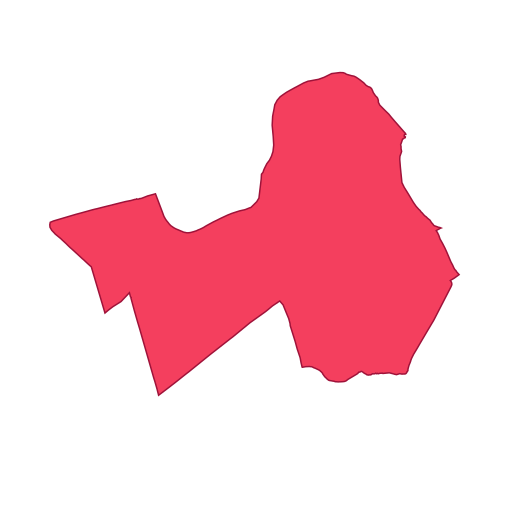 Kota Tanjung Balai, Sumatera Utara, Indonesia (Mercator projection), rotated 254°
{"feature_id": "22746128B91306693093612", "entity_name": "Kota Tanjung Balai", "entity_type": "district", "adm_level": 2, "iso_a3": "IDN", "parent_name": "Indonesia", "parent_adm1": "Sumatera Utara", "projection": "mercator", "projection_center": [99.797, 2.973], "detail": "fine", "context": "isolated", "style": "filled", "palette": "rose", "viewbox_px": 512, "rotation_deg": 254, "n_neighbors": 0, "source": "geoboundaries", "source_scale": "gbopen_adm2", "svg_char_len": 5924}
<svg xmlns="http://www.w3.org/2000/svg" viewBox="0 0 512 512"><g transform="rotate(254 256 256)"><path d="M291.5,94.4L291.1,94.7L242.8,95.1L244.7,99.3L246.7,104.4L249.4,113.7L255.6,124.2L251.3,124.1L250.5,124.6L249.9,124.2L243.4,124.1L236.7,124.0L225.6,124.0L218.0,124.1L212.7,124.1L200.4,124.1L197.7,124.1L196.8,124.1L177.2,124.1L172.8,124.1L170.8,124.1L166.9,124.1L163.6,124.2L159.6,124.2L155.4,124.2L152.7,124.1L149.0,124.0L153.7,136.1L157.3,145.1L159.8,151.1L160.4,152.5L162.8,158.4L163.0,159.0L173.9,184.7L183.5,208.4L184.7,211.5L193.5,231.8L199.6,249.0L200.1,250.3L201.5,253.6L203.5,258.1L206.2,266.4L201.5,268.6L201.3,268.6L192.8,269.5L186.8,270.2L181.6,270.1L179.5,269.7L167.3,270.0L162.9,270.1L156.1,270.0L155.1,270.0L146.0,270.4L141.0,269.9L136.4,269.7L136.3,269.8L135.9,273.4L135.7,274.1L135.7,274.4L135.5,274.9L135.1,276.8L134.7,277.6L134.3,278.9L133.8,279.5L133.7,279.7L132.7,280.7L131.7,282.1L130.8,283.1L129.8,284.3L128.7,285.4L128.3,285.8L127.3,286.3L126.7,286.8L125.0,287.6L124.9,287.6L124.1,287.7L123.0,288.1L122.1,288.4L121.6,288.6L120.6,289.0L119.4,289.8L118.9,290.0L117.6,290.8L116.5,291.7L115.9,292.6L115.4,293.8L114.8,294.9L114.2,296.3L113.3,297.6L112.9,298.8L112.3,300.4L112.0,301.8L111.8,302.4L111.7,302.9L111.4,304.2L111.2,305.2L111.0,306.7L111.2,308.4L112.0,310.2L112.5,312.1L114.4,319.3L115.0,321.4L116.0,322.7L115.8,323.7L115.9,324.4L116.1,325.1L115.9,325.8L115.2,326.5L114.7,326.9L114.3,327.1L114.0,327.3L113.9,327.4L113.6,327.7L113.1,328.1L112.2,329.2L111.9,329.3L111.1,330.0L110.9,330.7L110.6,331.2L110.5,331.4L110.5,331.6L110.5,332.1L110.4,332.4L110.3,332.7L110.3,333.1L110.1,333.6L110.2,333.9L110.4,334.6L110.5,334.9L110.6,335.2L110.6,335.3L110.7,335.5L110.5,336.0L110.2,336.9L110.1,337.3L110.1,338.1L110.3,338.8L110.2,338.9L110.1,339.0L109.9,339.1L109.6,339.4L109.7,339.9L109.7,340.4L109.4,340.7L109.3,340.8L109.1,340.9L109.1,341.2L109.1,341.6L109.1,342.2L109.1,342.9L108.9,343.5L108.6,345.0L108.4,345.4L108.1,345.6L108.0,346.2L107.4,349.7L107.3,349.9L107.3,350.3L106.9,352.1L105.4,354.6L105.2,355.0L104.0,356.9L103.2,358.4L103.3,361.7L102.4,363.4L102.3,363.7L101.5,366.9L101.6,367.2L101.7,367.8L102.6,369.0L103.3,369.4L103.5,369.9L103.6,370.1L104.1,370.5L105.4,370.9L108.7,372.9L111.1,374.8L112.5,375.8L113.2,376.2L113.6,376.5L114.8,377.4L118.4,380.7L118.9,381.3L123.4,386.1L126.4,389.2L135.9,399.2L142.3,406.0L145.0,408.9L147.2,411.0L172.5,434.8L174.1,436.1L174.9,436.5L176.2,436.7L177.6,436.5L178.9,436.0L180.1,440.6L182.1,446.1L185.5,444.5L187.0,444.1L188.1,443.4L190.2,442.9L193.1,442.5L196.8,441.7L206.8,440.5L211.5,439.8L216.6,438.8L221.6,437.6L225.5,437.4L228.5,436.9L230.7,436.2L230.9,436.9L231.1,437.6L231.3,438.4L231.4,439.1L231.6,439.9L231.8,440.5L231.9,441.6L232.7,440.6L233.1,439.8L233.6,438.9L234.1,438.3L234.7,437.5L235.2,436.8L235.6,436.2L236.0,435.7L236.4,435.4L237.0,435.1L237.8,434.9L238.4,434.5L239.2,434.2L239.8,433.9L240.8,433.6L242.2,433.2L242.7,433.0L243.3,432.5L243.9,432.1L245.2,431.2L246.2,430.7L247.0,430.2L247.7,429.6L248.4,429.1L250.7,428.0L251.2,427.8L251.6,427.6L252.1,427.3L252.5,427.0L254.1,426.4L255.0,426.0L255.7,425.5L259.6,423.6L262.8,422.5L264.7,421.9L273.8,419.5L281.1,417.4L286.3,416.5L293.0,417.7L296.4,418.3L299.1,418.8L301.8,419.3L309.2,420.8L312.1,421.8L315.2,424.0L316.4,424.8L319.1,425.0L321.3,425.6L323.1,425.7L325.4,427.4L328.0,429.1L328.0,430.0L328.6,431.1L328.6,432.1L329.4,432.4L330.0,431.5L331.5,431.9L331.8,432.5L331.6,433.5L332.5,433.5L335.4,432.1L347.3,426.5L352.1,424.3L355.9,422.7L359.0,420.9L366.8,416.6L370.0,416.0L371.9,416.5L374.2,416.4L375.6,415.9L377.0,415.0L378.3,414.6L380.7,413.8L382.8,413.6L384.7,413.3L385.4,413.0L385.5,413.0L386.9,412.0L388.0,410.4L389.8,408.8L392.8,407.3L395.5,405.3L396.0,405.0L398.5,403.0L400.5,401.3L401.9,399.7L402.9,397.7L403.5,396.7L405.7,393.1L407.1,391.9L408.2,390.3L409.2,387.3L410.5,379.0L409.0,370.7L408.6,364.8L409.5,355.6L409.7,354.3L409.2,349.5L407.3,340.8L407.3,340.6L406.9,338.8L406.0,334.9L405.7,333.5L405.6,333.2L405.0,330.6L403.7,326.7L402.4,323.1L400.0,319.5L399.9,319.3L397.8,317.3L396.8,316.3L396.6,316.1L396.3,315.8L392.4,313.9L391.2,313.3L388.9,312.1L385.7,310.5L377.3,307.6L366.2,305.5L357.7,303.6L351.7,301.1L347.7,298.4L344.2,295.2L343.9,294.7L341.8,291.9L338.0,288.4L336.3,287.0L334.5,285.8L333.1,283.8L328.5,282.2L310.9,274.8L310.6,274.5L309.6,273.4L308.0,271.7L304.1,264.6L304.0,262.6L303.7,259.7L303.6,258.8L303.6,257.0L303.7,256.1L303.8,254.2L303.9,252.6L303.7,246.3L303.6,244.1L303.3,241.7L303.3,241.1L303.1,239.6L301.9,232.1L301.1,227.9L300.8,226.0L300.7,225.6L300.6,224.8L300.0,222.1L298.8,216.7L298.6,216.0L298.5,215.5L298.1,214.3L297.9,213.4L297.8,213.1L297.3,210.4L297.3,210.1L297.2,209.8L297.0,207.5L296.7,205.9L296.6,204.7L296.7,204.4L296.6,203.8L296.6,203.1L296.6,202.3L296.6,201.4L296.6,200.9L296.6,200.5L296.7,198.9L296.8,198.4L297.0,197.2L297.3,196.2L297.7,195.2L297.9,194.9L298.1,194.6L298.3,194.0L298.4,193.8L298.6,193.6L299.0,192.8L299.2,192.6L299.9,191.8L300.2,191.4L300.4,191.2L300.6,190.8L300.9,190.5L301.3,190.0L301.8,189.4L302.4,188.7L303.4,187.4L304.4,186.2L305.9,184.7L307.0,183.8L308.6,182.5L309.0,182.3L309.7,181.9L310.9,181.3L312.5,180.7L313.8,180.1L315.7,179.4L317.0,179.0L317.2,178.9L317.9,178.8L318.3,178.8L318.6,178.6L319.1,178.5L319.9,178.4L324.1,178.1L343.5,176.5L343.6,168.4L343.0,162.2L343.0,161.9L343.0,161.3L343.1,160.9L343.1,160.5L343.1,160.4L343.2,160.2L343.3,159.8L343.0,159.0L343.2,158.4L343.3,157.7L343.5,157.3L343.8,157.1L343.6,156.5L343.6,155.9L343.8,155.3L343.8,153.7L343.8,152.6L343.8,151.1L344.3,145.7L345.1,122.5L345.2,119.1L345.3,115.9L345.4,114.5L345.5,111.8L345.6,99.8L345.7,94.4L345.5,70.9L345.1,67.5L342.9,66.4L340.4,65.9L337.1,66.7L333.6,68.5L332.5,69.0L331.2,69.9L327.7,72.3L327.4,72.5L327.2,72.7L326.8,72.9L326.4,73.2L324.3,74.4L320.7,76.6L317.5,78.4L315.6,79.5L311.5,82.1L301.3,88.3L299.5,89.5L298.1,90.3L295.1,92.1L292.2,93.9L292.0,94.1L291.5,94.4Z" fill="#f43f5e" stroke="#9f1239" stroke-width="1.5"/></g></svg>